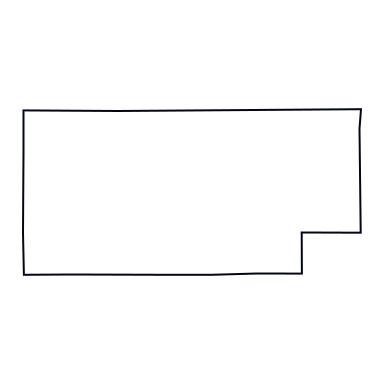 Taylor, Wisconsin, United States of America
{"feature_id": "52423323B25022971195144", "entity_name": "Taylor", "entity_type": "district", "adm_level": 2, "iso_a3": "USA", "parent_name": "United States of America", "parent_adm1": "Wisconsin", "projection": "robinson", "projection_center": [-90.47, 45.206], "detail": "fine", "context": "isolated", "style": "outline", "palette": "ink", "viewbox_px": 384, "rotation_deg": 0, "n_neighbors": 0, "source": "geoboundaries", "source_scale": "gbopen_adm2", "svg_char_len": 302}
<svg xmlns="http://www.w3.org/2000/svg" viewBox="0 0 384 384"><path d="M360.7,232.7L359.5,128.8L361.0,109.2L117.8,111.0L23.5,110.4L23.5,151.6L23.0,232.8L23.9,274.8L71.1,274.5L164.2,274.8L211.5,274.8L256.9,273.5L301.9,273.6L301.7,232.5L360.7,232.7Z" fill="none" stroke="#020617" stroke-width="2"/></svg>